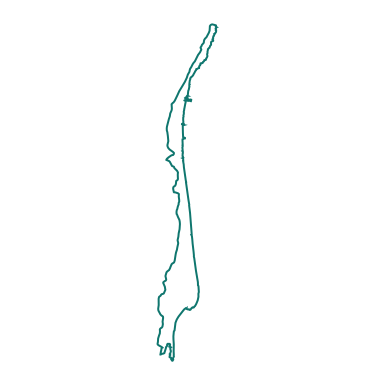 Khlong Yai, Thailand (Robinson projection), rotated 208°
{"feature_id": "78962969B6088358830933", "entity_name": "Khlong Yai", "entity_type": "district", "adm_level": 2, "iso_a3": "THA", "parent_name": "Thailand", "parent_adm1": "", "projection": "robinson", "projection_center": [102.857, 11.818], "detail": "fine", "context": "isolated", "style": "outline", "palette": "teal", "viewbox_px": 384, "rotation_deg": 208, "n_neighbors": 0, "source": "geoboundaries", "source_scale": "gbopen_adm2", "svg_char_len": 5955}
<svg xmlns="http://www.w3.org/2000/svg" viewBox="0 0 384 384"><g transform="rotate(208 192 192)"><path d="M132.0,34.8L131.8,35.0L131.5,34.8L130.6,33.8L130.0,33.9L129.9,34.1L130.1,34.9L129.9,35.1L130.0,35.4L130.4,35.6L130.8,36.6L130.7,37.3L130.8,37.8L130.8,38.3L131.4,39.1L131.8,40.0L133.3,42.5L136.6,49.0L139.2,53.2L140.7,55.9L142.5,60.2L142.6,60.5L142.4,61.5L145.2,68.8L145.6,72.3L145.4,75.7L144.1,83.2L143.8,84.7L143.0,86.4L142.4,86.3L142.2,86.8L142.0,86.3L140.9,86.3L139.6,87.0L139.0,86.7L138.3,87.1L138.1,87.4L137.9,89.1L137.6,89.9L137.3,90.0L137.1,90.6L136.4,90.7L136.2,91.0L136.1,92.1L135.8,92.6L135.7,94.8L135.8,96.1L136.1,99.0L137.1,102.5L138.6,105.2L139.0,106.9L141.9,111.6L142.2,112.0L142.9,112.4L144.5,115.2L151.5,124.3L159.0,134.7L160.0,135.8L160.6,137.0L162.5,139.9L167.2,146.7L169.7,150.6L171.3,152.9L172.4,153.8L172.1,154.0L173.4,156.1L183.9,172.6L188.3,178.9L188.4,179.4L191.3,183.2L201.9,197.8L201.8,198.0L203.0,199.4L210.8,210.1L212.3,212.5L214.7,215.5L214.8,216.0L214.7,216.0L215.3,217.0L215.5,217.4L215.8,217.5L216.0,217.5L215.9,217.6L215.9,217.8L216.1,217.7L216.7,219.1L217.0,219.1L217.4,219.6L218.3,221.6L218.2,221.7L218.9,223.2L219.3,223.6L219.8,223.7L219.6,224.1L221.5,227.0L221.5,227.6L222.0,228.6L222.3,228.8L222.2,229.0L224.8,233.4L224.8,233.7L225.0,234.0L224.7,234.3L224.4,235.2L223.4,236.0L223.5,236.2L224.2,235.7L224.4,236.0L223.6,236.8L225.2,235.8L225.5,236.1L228.0,240.3L231.5,246.6L231.1,246.8L230.6,247.3L231.7,247.0L231.8,247.1L231.1,247.7L231.2,247.8L232.7,247.2L232.8,247.4L232.7,247.6L231.8,248.1L231.3,248.1L231.2,248.3L231.4,248.5L231.6,248.5L231.8,248.2L231.9,248.3L232.8,250.3L233.6,251.4L234.0,252.3L234.7,253.5L234.8,254.5L235.6,255.7L235.7,256.5L236.3,258.1L236.9,258.8L237.5,261.0L237.8,261.5L238.0,262.4L239.5,267.2L239.6,267.9L240.0,268.5L240.1,269.6L241.6,269.4L241.6,269.5L237.9,270.8L237.2,271.5L236.2,271.5L235.6,271.7L235.9,272.9L236.0,273.1L236.4,273.0L236.3,272.5L237.9,271.9L238.0,272.2L239.1,271.9L241.2,271.7L241.4,271.7L241.3,271.9L239.8,272.4L239.9,272.8L242.0,272.4L241.9,272.7L240.3,273.6L241.0,273.5L241.3,274.2L241.4,274.5L240.8,274.9L241.3,274.9L241.2,275.3L241.3,275.8L242.8,279.6L242.9,280.8L243.5,282.8L243.7,283.8L244.0,284.0L244.7,285.4L245.4,285.3L244.8,285.7L244.7,285.9L245.0,286.0L246.2,289.1L246.5,290.9L246.9,291.5L246.8,292.5L246.7,292.5L246.4,293.6L246.1,294.2L245.8,295.8L245.9,296.3L245.8,299.1L245.9,300.0L245.6,301.6L245.9,302.3L245.9,302.6L245.2,303.1L244.3,304.8L244.0,304.9L244.1,305.2L244.4,305.6L244.6,306.3L244.6,307.3L244.3,307.7L244.6,308.7L244.6,309.2L244.4,309.2L244.3,309.7L244.6,309.8L244.4,310.1L243.7,310.4L243.2,311.0L243.3,312.1L242.9,312.7L242.8,313.2L243.0,314.1L242.6,314.7L242.1,314.8L241.8,315.4L242.0,315.7L242.0,316.2L242.2,316.5L242.0,317.5L242.1,319.0L242.5,319.7L243.1,320.3L243.5,321.3L243.5,321.9L244.3,323.4L244.5,324.4L245.0,325.6L244.8,325.9L244.7,327.0L244.3,327.6L244.6,329.5L244.3,330.9L244.7,331.8L245.2,332.5L245.5,333.6L245.3,334.2L244.4,335.0L244.3,335.5L244.6,336.0L245.6,336.5L245.4,337.0L245.4,337.5L246.1,338.6L246.0,339.5L246.2,339.8L246.0,340.1L246.0,340.5L246.3,341.7L246.6,341.9L246.5,342.1L246.3,342.2L246.0,342.7L246.2,343.2L245.9,344.1L246.0,344.8L246.4,345.8L247.0,346.0L247.1,346.8L247.8,347.2L247.9,347.5L247.6,347.8L247.7,348.9L247.8,348.3L247.9,348.8L248.2,349.0L247.9,349.2L248.4,349.3L249.0,350.3L250.1,350.2L252.8,349.5L253.3,349.1L253.8,348.4L254.0,347.8L254.1,346.9L252.2,342.7L251.9,340.5L251.9,335.5L252.5,333.5L252.6,332.2L252.3,330.8L251.8,329.7L251.7,329.1L252.3,326.5L252.1,325.0L252.3,323.7L252.0,323.2L250.8,322.3L250.6,321.9L250.5,319.1L251.0,315.9L250.8,308.7L251.3,306.4L251.4,304.9L251.3,302.0L251.5,299.8L251.2,298.5L250.7,296.9L250.8,293.7L250.2,290.3L250.1,287.9L250.0,286.0L250.3,279.9L250.6,275.1L250.3,270.3L250.1,265.4L250.1,264.2L250.4,262.3L250.8,261.6L251.2,259.9L249.0,256.3L248.6,255.4L248.3,254.2L248.1,251.2L247.1,248.3L246.7,245.7L244.8,237.9L244.2,236.4L243.1,234.5L241.9,233.3L239.6,230.1L236.8,225.8L235.7,221.8L234.9,220.7L233.6,219.7L231.7,219.0L227.4,218.4L226.3,218.0L226.1,217.6L225.9,216.8L226.1,215.8L226.9,215.2L227.6,214.3L229.0,211.5L229.7,209.6L229.8,208.6L229.7,208.3L229.3,208.3L227.6,208.5L226.5,208.5L225.7,208.2L222.0,205.7L221.7,205.6L220.1,205.8L219.7,205.7L218.7,204.8L215.1,203.7L213.6,202.7L212.7,200.6L210.6,197.0L210.4,196.3L210.5,195.5L210.9,194.9L211.1,194.2L210.1,191.8L209.9,191.0L209.8,189.8L210.1,189.0L210.5,188.4L210.7,187.7L210.6,187.0L210.1,185.9L208.0,183.4L207.6,183.3L206.7,183.8L203.8,184.3L202.6,184.0L201.5,181.7L199.6,179.0L198.8,177.6L198.6,176.0L198.0,174.8L197.7,172.5L197.0,170.0L197.0,169.1L196.6,167.8L196.2,166.9L195.3,165.4L194.9,165.3L192.7,163.4L190.0,161.4L188.8,159.9L187.6,158.0L185.5,153.3L184.4,149.4L183.0,146.0L182.2,143.0L181.9,142.4L180.4,140.7L180.0,140.0L179.1,136.7L178.2,133.9L177.7,131.1L177.0,128.8L175.1,123.4L174.8,121.5L175.0,120.9L175.8,119.6L176.1,118.6L175.8,115.5L175.6,114.2L175.6,112.4L176.6,110.1L176.8,109.1L176.1,105.7L175.8,105.1L173.9,102.9L173.6,102.4L173.6,101.5L174.4,100.2L174.9,99.1L174.9,98.7L174.7,98.2L171.5,95.6L169.6,93.1L169.3,89.4L169.4,88.9L170.7,87.6L171.0,86.9L171.1,85.5L171.7,84.3L171.8,83.7L171.3,82.0L168.3,76.5L167.1,73.2L166.4,72.0L165.3,71.0L164.3,70.4L162.6,69.2L161.3,68.7L159.2,68.4L158.4,67.3L157.1,63.7L155.7,61.7L155.0,59.6L154.9,58.9L155.0,58.2L155.7,56.9L155.9,56.2L155.8,55.4L154.9,54.0L154.0,52.0L153.7,49.7L153.1,46.7L151.7,43.6L151.1,41.7L150.7,41.3L149.7,41.0L145.8,40.9L145.1,40.7L145.5,40.2L145.4,39.3L144.8,37.8L144.7,37.0L143.6,33.7L143.3,33.8L142.6,35.0L141.8,35.5L140.8,36.7L141.7,41.7L142.1,43.0L141.9,43.5L141.9,44.2L141.7,44.6L142.4,45.8L142.1,46.6L140.4,47.4L139.8,47.1L139.8,46.4L139.2,45.9L139.5,45.4L139.4,44.8L137.7,44.9L137.9,44.3L137.8,43.8L137.3,43.0L136.0,41.7L135.8,41.2L135.5,39.3L135.3,38.9L135.6,38.5L135.2,37.8L134.7,37.7L134.8,37.1L134.4,35.8L134.1,35.6L132.9,35.9L132.5,35.6L132.0,34.8Z" fill="none" stroke="#0f766e" stroke-width="2"/></g></svg>